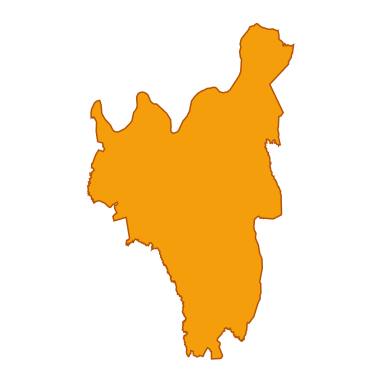 the district of Nīkrāces pag., Skrundas, Latvia, rotated 269°
{"feature_id": "27541924B53930703162025", "entity_name": "Nīkrāces pag.", "entity_type": "district", "adm_level": 2, "iso_a3": "LVA", "parent_name": "Latvia", "parent_adm1": "Skrundas", "projection": "equal_earth", "projection_center": [21.891, 56.568], "detail": "fine", "context": "isolated", "style": "filled", "palette": "amber", "viewbox_px": 384, "rotation_deg": 269, "n_neighbors": 0, "source": "geoboundaries", "source_scale": "gbopen_adm2", "svg_char_len": 5960}
<svg xmlns="http://www.w3.org/2000/svg" viewBox="0 0 384 384"><g transform="rotate(269 192 192)"><path d="M29.9,184.1L27.5,185.5L28.0,186.2L29.4,186.5L30.5,187.9L33.4,188.1L32.6,190.3L29.0,190.6L27.1,194.1L27.4,195.6L28.5,197.0L27.4,199.8L27.8,200.5L29.9,201.1L36.0,204.8L34.1,207.3L32.4,207.7L32.2,208.6L24.8,208.6L25.0,217.0L25.5,218.5L27.7,219.7L36.9,216.3L38.1,217.2L40.2,217.4L41.3,216.9L42.3,215.3L43.5,214.5L45.5,215.4L49.2,218.9L52.3,220.8L52.3,222.1L55.6,222.1L54.7,222.5L55.5,223.2L55.1,223.9L55.4,224.5L54.5,224.6L54.2,225.2L54.5,226.1L53.8,226.8L55.1,227.7L51.4,229.1L51.0,230.1L51.2,231.1L49.2,231.0L48.6,231.5L47.4,231.6L47.2,232.4L45.8,232.8L45.8,233.8L46.6,234.3L46.2,235.2L45.5,235.4L46.0,236.4L45.0,236.4L44.8,236.9L44.1,236.5L42.0,238.7L42.4,239.5L43.4,239.7L43.3,240.0L43.8,240.5L43.2,240.5L43.7,240.9L43.7,241.5L46.4,241.6L49.0,243.3L51.1,243.5L53.2,244.3L59.8,244.8L60.5,245.4L59.9,246.7L66.5,251.7L80.0,256.1L83.7,258.2L87.2,258.2L89.6,259.1L99.4,259.1L100.7,258.1L114.7,260.9L123.9,260.8L130.0,258.5L137.8,257.4L144.8,254.6L149.7,255.2L152.9,253.6L156.0,253.2L163.4,254.0L166.3,257.1L166.4,258.9L164.7,259.6L164.6,260.7L165.1,261.3L164.3,262.9L164.6,263.1L163.7,272.3L164.0,273.5L167.5,280.7L168.5,281.1L187.8,281.0L189.4,280.3L191.4,280.6L191.8,280.1L195.3,278.9L195.3,278.5L196.1,278.4L197.2,277.4L199.2,277.1L202.4,275.7L203.1,275.2L203.3,274.6L204.4,274.0L206.2,274.1L206.1,273.6L207.8,272.1L210.0,272.3L212.5,271.0L214.7,270.9L216.3,270.1L218.6,271.2L219.3,271.1L219.3,270.7L220.0,271.1L220.0,270.6L221.1,270.4L225.0,270.3L228.3,269.1L228.2,268.7L230.0,269.0L230.6,268.1L231.8,267.4L234.6,267.1L234.4,266.3L235.9,265.6L237.2,266.6L239.7,265.9L239.8,267.7L242.7,267.1L243.6,268.2L242.7,268.8L242.3,270.1L240.6,271.0L239.4,271.0L239.8,272.3L239.2,273.2L239.7,273.6L241.0,273.1L242.8,275.1L241.5,276.2L240.2,275.4L239.4,275.7L239.8,276.7L238.1,277.8L237.9,279.2L236.8,279.5L238.1,280.5L237.9,281.0L245.1,279.4L248.5,279.8L253.2,278.8L255.9,279.5L265.9,280.1L266.5,282.1L269.7,284.6L298.3,271.6L318.2,290.8L320.3,290.7L324.7,293.5L328.7,294.2L329.0,294.8L337.5,296.1L336.2,293.6L337.5,290.0L336.4,288.8L338.8,287.4L338.3,286.8L336.4,286.1L336.7,285.5L338.7,285.8L340.5,285.0L343.3,281.6L346.8,281.7L352.1,280.8L351.8,279.7L353.7,275.4L353.2,272.8L353.8,269.8L355.9,263.8L358.6,261.0L359.2,259.6L358.2,257.9L356.9,256.5L356.7,254.3L355.9,252.6L352.7,251.0L345.2,244.7L343.1,243.6L339.2,242.7L335.9,243.4L331.6,242.1L325.8,242.8L323.5,243.8L311.8,242.9L307.4,241.2L293.6,231.9L291.5,229.0L290.7,225.3L290.9,224.0L291.8,221.2L295.5,218.2L296.3,216.5L296.2,214.3L295.6,212.6L295.2,208.7L293.8,206.4L292.7,203.2L290.4,199.5L287.2,196.3L282.9,193.1L273.1,191.0L267.7,188.3L263.2,184.3L254.0,179.8L252.5,178.5L251.8,177.0L251.1,175.0L251.2,173.8L252.5,172.3L254.3,171.8L258.3,172.2L264.9,171.8L271.2,167.9L280.5,158.3L280.7,155.5L281.7,153.8L283.4,152.2L289.6,149.7L291.2,148.2L292.5,145.6L292.7,144.3L292.4,141.7L291.2,139.9L288.7,138.6L286.5,138.3L279.8,138.8L277.9,138.5L275.4,137.4L272.5,135.1L264.0,133.1L262.1,131.7L256.5,126.0L253.7,120.2L253.2,118.0L253.7,116.2L254.5,114.6L256.0,113.6L260.5,111.5L266.5,106.1L272.1,103.2L280.8,102.6L285.2,101.3L284.4,98.0L282.5,96.0L276.8,93.2L273.0,92.4L268.0,92.5L268.7,93.3L267.7,94.3L268.6,95.0L268.1,95.6L263.8,97.8L254.4,97.3L244.1,98.6L242.5,103.6L240.8,103.6L239.9,104.1L239.3,103.7L236.5,105.4L234.0,103.8L235.6,99.4L231.1,96.5L222.1,93.0L222.0,92.3L218.0,92.0L218.0,92.8L216.6,94.2L215.2,94.3L213.9,92.5L211.0,91.6L211.3,91.0L212.5,90.9L212.7,90.5L210.5,90.4L209.5,91.3L207.8,91.5L207.0,89.7L205.4,90.2L204.2,89.6L203.9,88.8L203.3,89.3L203.3,90.3L202.8,90.5L202.3,90.2L202.1,89.0L200.2,89.2L199.8,88.8L200.1,88.1L199.4,87.9L196.1,88.4L194.2,88.0L193.4,89.3L192.3,89.1L192.3,88.4L191.9,88.9L191.0,88.5L191.2,89.2L190.1,90.0L190.3,90.4L189.7,91.0L188.1,91.5L186.8,91.3L186.0,92.2L187.2,93.0L185.8,92.7L185.4,92.1L185.6,93.0L184.6,92.8L184.8,93.4L184.5,93.6L182.8,93.6L182.7,93.9L184.0,95.5L185.0,99.0L182.2,104.8L178.8,108.2L178.0,109.7L178.1,110.3L180.8,112.4L180.9,113.3L183.2,116.8L181.4,117.5L180.4,116.6L179.9,114.5L179.2,114.3L176.5,114.6L172.3,116.5L171.5,115.0L169.0,112.5L164.5,113.5L167.8,125.7L147.2,128.7L145.5,128.0L144.8,125.8L140.5,125.2L139.7,126.9L141.3,126.6L141.7,127.7L140.4,127.8L142.4,129.7L142.7,131.1L144.1,131.7L142.9,132.5L144.8,133.4L146.0,134.9L145.4,135.5L145.5,136.1L145.0,136.2L145.2,137.2L144.5,136.9L143.4,137.9L142.9,140.2L141.9,140.9L142.0,141.7L141.4,142.3L141.6,142.8L141.1,142.8L140.8,144.3L139.4,145.0L139.2,145.9L140.0,147.2L139.4,147.6L141.8,148.7L141.7,150.4L139.4,151.9L137.9,151.6L138.2,150.9L136.7,150.8L136.2,151.3L135.1,150.8L136.1,152.7L136.7,152.4L136.1,152.9L136.4,153.3L136.0,154.6L136.5,156.6L133.6,158.3L133.3,158.9L131.1,158.6L128.4,160.1L127.2,159.5L125.7,160.9L125.0,160.6L123.3,161.9L122.0,162.0L121.7,161.6L121.0,162.3L119.6,162.4L119.1,163.0L119.7,163.6L118.8,164.6L117.4,164.8L117.3,165.5L116.0,165.5L114.7,166.4L113.2,166.1L112.5,166.5L112.3,166.0L111.5,166.5L111.7,167.2L110.8,167.1L110.6,167.7L108.1,169.0L108.4,169.2L108.2,169.6L107.1,169.7L107.1,169.3L105.7,169.0L102.7,170.0L102.6,170.5L103.3,171.3L102.1,172.3L103.3,172.8L103.1,173.3L97.3,174.8L94.2,174.4L94.0,175.0L92.4,175.2L92.1,175.7L90.0,175.8L90.1,177.0L87.9,177.9L87.7,178.3L88.4,178.5L88.2,179.0L86.3,180.1L85.4,179.8L85.2,179.2L84.2,179.2L82.7,180.8L80.9,180.9L81.2,181.5L79.9,181.0L78.0,181.7L77.2,181.5L77.1,180.9L74.3,181.0L72.3,180.3L70.8,180.9L70.7,181.6L69.4,181.5L69.2,182.2L67.8,182.3L67.0,183.5L66.2,183.3L65.2,183.8L63.3,182.8L63.7,182.2L63.4,181.8L62.8,182.0L61.8,181.5L62.1,180.6L59.8,180.6L59.3,181.2L57.9,180.2L55.7,180.7L54.6,179.8L53.2,181.1L51.9,181.5L52.3,182.2L51.8,183.0L52.5,182.8L52.4,183.9L51.2,185.0L49.8,184.3L49.0,183.0L48.6,183.0L49.0,182.4L48.6,181.7L46.0,181.0L46.0,181.3L41.8,182.1L41.4,182.5L39.6,182.1L39.5,182.6L37.8,183.1L37.5,183.6L34.0,184.0L32.2,183.6L29.9,184.1Z" fill="#f59e0b" stroke="#b45309" stroke-width="1.5"/></g></svg>